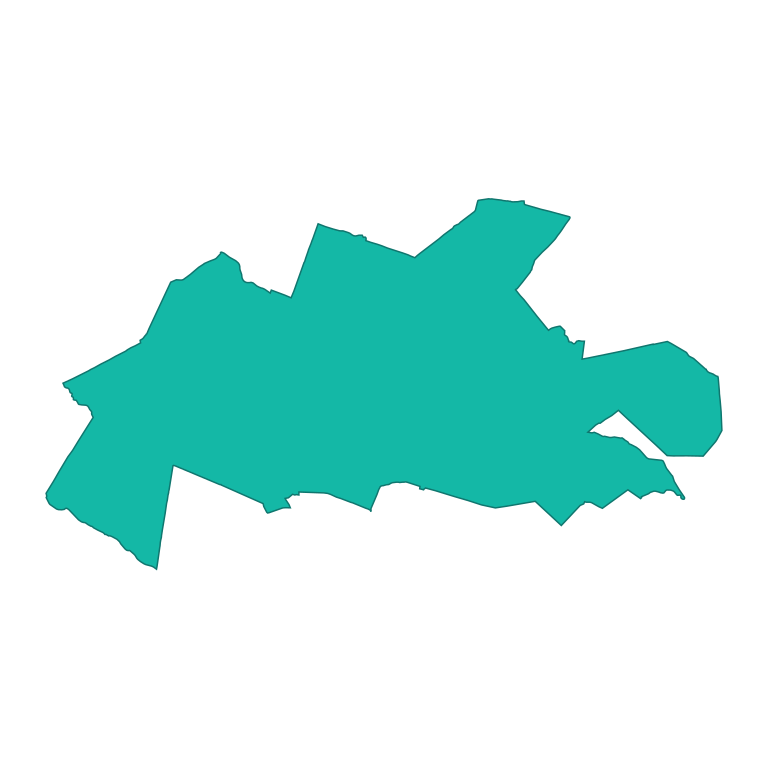 the district of Clejani, Giurgiu, Romania
{"feature_id": "2599482B97356742421436", "entity_name": "Clejani", "entity_type": "district", "adm_level": 2, "iso_a3": "ROU", "parent_name": "Romania", "parent_adm1": "Giurgiu", "projection": "orthographic", "projection_center": [25.72, 44.314], "detail": "fine", "context": "isolated", "style": "filled", "palette": "teal", "viewbox_px": 768, "rotation_deg": 0, "n_neighbors": 0, "source": "geoboundaries", "source_scale": "gbopen_adm2", "svg_char_len": 6051}
<svg xmlns="http://www.w3.org/2000/svg" viewBox="0 0 768 768"><path d="M136.9,558.4L137.9,559.5L140.5,561.6L144.0,563.8L145.8,564.6L151.5,566.1L153.5,567.0L156.5,569.2L157.0,566.6L158.5,556.3L159.8,547.0L160.0,546.1L160.3,542.6L160.7,540.2L161.4,537.2L161.5,535.6L162.4,529.7L165.2,513.1L166.6,503.2L167.3,500.2L168.0,495.2L168.6,492.8L168.7,491.4L169.1,489.8L172.9,466.2L173.0,465.7L173.5,465.4L175.1,465.8L218.9,484.2L219.6,484.5L221.0,484.6L221.0,484.9L263.1,503.6L263.8,506.6L266.7,512.2L267.6,513.0L269.1,512.7L282.8,507.9L285.5,507.7L290.3,507.8L289.0,504.6L285.9,499.9L285.1,498.4L288.4,497.8L292.6,494.3L294.8,495.0L296.4,494.6L298.9,495.0L298.9,492.0L323.8,492.9L327.7,493.4L330.6,494.4L336.4,497.1L340.8,498.5L351.0,502.4L352.3,502.7L365.7,508.2L368.3,509.1L370.1,510.1L370.5,510.5L370.7,511.2L370.9,511.2L371.1,510.1L370.9,509.4L371.0,508.5L377.0,494.4L378.6,489.9L380.3,486.6L380.8,486.2L382.1,485.7L383.1,485.7L386.2,484.8L388.8,484.5L391.2,483.1L392.4,482.7L396.4,482.2L398.3,482.2L399.7,482.5L403.1,482.1L403.7,482.2L405.8,481.9L407.7,482.4L420.0,486.4L419.7,488.8L420.2,488.9L423.6,489.8L424.2,488.9L424.9,488.5L425.5,488.0L435.4,490.7L454.6,496.6L468.3,500.6L481.5,504.9L495.4,507.9L507.3,506.1L535.2,501.3L561.3,525.5L580.2,505.4L583.7,503.9L584.7,501.7L586.1,502.2L589.9,502.2L591.5,502.6L598.8,506.7L602.4,508.3L627.9,489.8L640.6,498.6L641.5,497.7L641.7,497.2L641.5,496.7L648.6,493.7L650.3,492.4L653.8,491.2L655.5,491.2L658.3,491.9L660.8,492.8L662.9,493.1L663.9,492.9L665.7,490.7L666.3,490.2L667.4,490.0L670.7,490.1L673.5,491.1L674.5,492.0L676.8,494.9L677.6,495.3L680.3,495.1L680.8,495.6L680.9,496.6L680.9,497.4L681.0,497.9L681.5,498.5L682.0,498.9L683.1,499.3L684.2,499.1L684.5,498.6L684.5,497.4L679.3,489.8L674.3,481.5L672.6,476.2L671.5,475.0L666.5,468.4L665.5,466.3L664.6,464.0L663.3,461.3L662.7,460.7L661.6,460.3L648.8,458.9L647.7,458.4L646.6,457.7L639.6,449.8L636.3,447.3L631.3,444.7L629.2,443.9L627.9,442.0L624.0,439.5L623.8,439.3L623.9,439.2L623.1,438.6L622.1,437.9L620.7,438.1L614.4,437.0L611.1,437.5L609.7,437.5L604.7,436.3L603.1,436.5L602.1,436.1L598.0,433.9L594.2,432.3L592.0,432.9L587.9,432.2L595.5,425.2L598.7,423.2L600.2,423.2L605.1,419.5L611.7,415.6L618.4,410.3L628.1,419.4L656.1,445.2L667.1,455.6L673.1,455.9L686.8,455.8L703.2,456.1L715.7,441.5L717.1,439.3L721.9,430.5L721.1,411.8L720.2,401.1L719.4,393.6L719.3,390.7L718.2,377.8L717.8,376.4L716.6,376.2L713.8,374.6L713.6,374.3L710.6,373.1L709.7,372.9L708.0,371.9L706.6,370.4L706.2,369.3L705.6,369.2L704.5,368.2L693.6,358.5L689.7,356.5L688.6,355.7L686.6,352.7L686.0,352.2L671.2,343.5L667.4,341.5L653.2,344.5L653.1,344.1L624.0,350.7L587.3,358.2L582.1,359.1L584.4,341.2L581.8,341.2L578.8,340.7L576.6,341.3L575.8,342.5L575.2,343.2L574.2,343.8L573.5,343.8L571.4,342.2L569.1,341.9L568.6,341.4L568.8,340.6L568.2,339.7L568.0,338.7L567.4,337.2L566.5,336.2L564.9,335.2L564.5,334.6L564.7,332.0L564.6,330.9L564.7,330.7L560.3,326.3L559.4,326.2L555.3,327.1L551.9,328.1L550.5,328.8L548.5,330.3L537.1,316.4L524.0,299.7L520.2,295.6L516.5,290.9L515.5,289.8L515.9,289.3L516.8,288.9L517.3,288.5L522.2,282.5L530.2,272.2L530.8,270.8L531.7,269.8L532.3,266.8L533.6,263.7L534.6,260.4L534.9,260.0L542.2,252.2L547.7,247.1L553.8,240.6L555.4,238.8L557.5,235.7L559.4,233.3L561.3,230.7L565.8,223.9L569.1,219.5L570.0,217.8L569.7,216.9L549.3,211.3L541.0,209.3L525.1,204.7L524.6,204.4L524.4,204.0L524.0,201.0L521.4,201.0L517.8,201.7L512.8,201.9L511.0,201.6L510.4,201.3L509.5,201.3L507.7,200.9L506.8,201.0L502.9,200.5L501.3,200.1L493.6,199.2L491.9,198.9L490.5,199.0L488.6,198.8L478.4,200.3L477.9,200.7L477.3,202.7L475.4,210.3L474.4,211.6L460.6,222.1L458.5,224.2L457.1,224.6L454.5,225.9L453.8,226.5L453.1,227.8L452.1,228.8L451.4,229.4L451.2,229.3L443.9,234.7L438.7,239.1L419.8,253.5L417.3,255.5L414.9,257.7L410.5,256.0L408.2,254.9L402.8,253.0L387.6,248.1L381.8,245.8L377.4,244.3L370.6,242.3L365.8,240.6L366.1,239.3L366.1,238.7L365.8,237.6L365.2,237.1L364.7,237.1L363.4,237.4L362.2,235.2L359.0,235.2L355.8,236.0L353.9,235.8L352.4,235.1L349.9,233.3L348.6,232.7L343.1,230.9L340.7,230.9L339.2,230.7L333.3,229.1L325.3,226.6L318.1,223.8L312.4,239.9L312.2,240.1L311.0,243.6L308.4,250.1L308.4,250.4L305.7,258.2L304.6,261.8L304.1,262.4L293.9,291.1L291.1,297.8L284.7,295.1L271.3,290.1L270.2,293.1L265.2,289.6L263.8,288.8L262.6,288.3L261.3,288.0L258.9,287.1L256.7,285.9L253.2,283.0L251.4,282.4L250.6,282.4L249.5,282.6L247.3,282.6L245.9,282.3L244.9,281.8L243.8,281.0L242.7,279.5L242.4,278.7L242.0,277.6L241.6,274.4L240.1,270.0L239.8,268.3L239.8,266.6L239.4,264.9L238.9,263.9L238.4,263.1L236.4,261.3L235.5,260.6L229.4,257.2L224.3,253.3L222.3,252.4L221.1,252.1L220.6,252.6L220.8,252.8L220.7,253.4L220.1,254.2L216.3,258.3L214.6,259.3L210.1,261.0L204.1,263.6L204.0,263.9L198.7,267.3L190.1,274.6L183.4,279.5L182.4,279.9L181.1,280.1L176.3,279.8L170.7,282.2L148.9,328.9L146.8,333.9L146.2,334.2L145.9,334.9L145.0,335.8L143.1,338.3L142.4,338.9L140.1,340.3L140.6,342.9L135.2,345.8L131.0,347.7L127.4,349.8L125.6,351.2L115.7,356.2L109.2,359.9L101.0,364.0L94.2,367.8L90.5,369.6L88.8,370.7L72.4,378.9L63.0,383.2L63.8,384.9L64.5,386.8L66.2,387.9L67.6,388.0L68.3,388.5L69.0,389.1L69.3,389.6L69.8,391.6L70.2,392.6L70.6,392.9L71.5,393.1L72.0,393.6L72.1,394.4L71.7,396.0L71.8,396.3L72.1,396.7L73.0,397.1L73.3,397.6L73.4,397.9L73.4,399.6L74.2,400.0L76.2,400.3L77.2,401.7L78.4,404.0L78.9,404.4L81.7,404.9L85.9,405.2L87.0,405.6L87.8,406.1L88.8,407.6L89.6,409.3L91.2,411.2L91.7,412.0L91.6,413.8L91.8,414.6L93.2,417.4L78.4,440.9L72.6,450.4L67.9,456.8L59.4,471.0L53.6,481.1L46.1,493.3L46.7,495.8L46.6,496.8L46.2,497.6L49.1,503.4L50.0,504.5L56.5,509.0L58.3,509.6L61.7,509.8L64.2,509.4L65.6,508.4L66.7,508.3L67.2,508.5L68.8,509.6L78.5,519.8L81.4,521.8L83.2,522.4L85.3,522.7L88.1,524.7L90.7,526.1L92.2,526.5L93.6,527.8L97.8,530.1L102.9,532.5L104.2,533.5L104.8,534.4L106.4,534.5L107.5,535.4L108.3,535.6L108.6,535.9L110.0,535.8L112.0,536.6L117.0,539.3L119.6,541.8L120.7,543.8L125.0,548.9L126.2,549.9L126.9,550.3L128.2,550.6L129.6,550.5L130.1,550.8L134.0,554.2L135.1,555.4L136.9,558.4Z" fill="#14b8a6" stroke="#0f766e" stroke-width="1.5"/></svg>